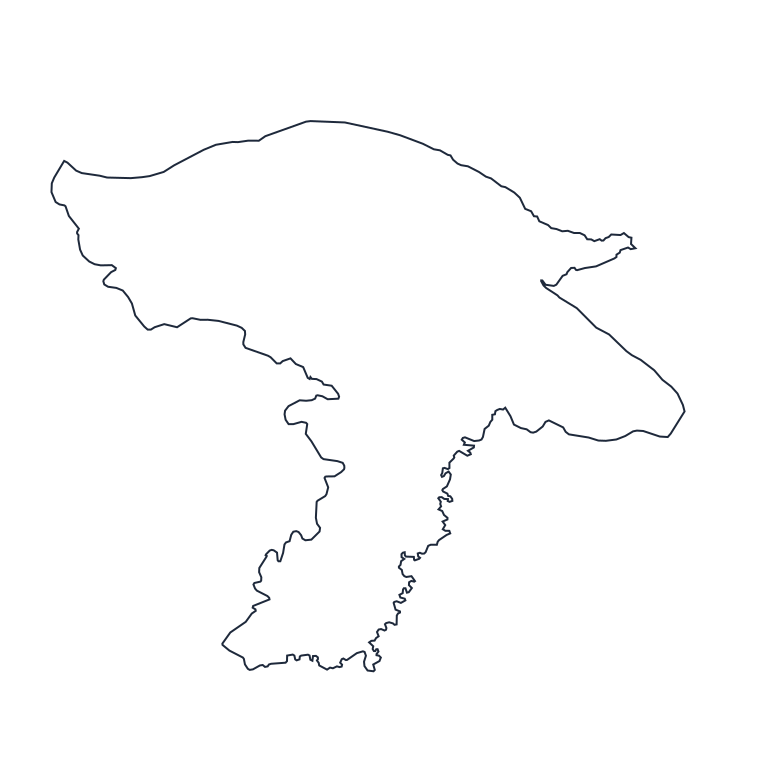 the district of Melgar, Tolima, Colombia, rotated 259°
{"feature_id": "7082276B7628947847785", "entity_name": "Melgar", "entity_type": "district", "adm_level": 2, "iso_a3": "COL", "parent_name": "Colombia", "parent_adm1": "Tolima", "projection": "natural_earth1", "projection_center": [-74.673, 4.184], "detail": "fine", "context": "isolated", "style": "outline", "palette": "slate", "viewbox_px": 768, "rotation_deg": 259, "n_neighbors": 0, "source": "geoboundaries", "source_scale": "gbopen_adm2", "svg_char_len": 6149}
<svg xmlns="http://www.w3.org/2000/svg" viewBox="0 0 768 768"><g transform="rotate(259 384 384)"><path d="M169.4,185.7L160.0,175.8L158.7,175.7L151.8,181.4L142.4,193.3L140.9,194.0L135.3,194.0L130.4,196.0L129.0,197.6L128.9,200.9L131.4,208.5L131.3,211.3L129.0,213.2L129.0,215.9L130.6,217.5L130.9,219.8L129.2,234.2L130.5,235.9L135.9,237.1L135.8,242.8L134.5,244.2L130.6,244.3L129.4,245.5L129.8,248.5L132.6,249.4L133.2,250.9L132.8,257.7L131.7,259.1L127.4,259.1L126.0,260.9L130.5,262.4L130.1,265.3L128.3,266.9L126.6,266.7L125.4,265.4L122.8,266.7L120.1,266.7L114.5,273.6L115.9,276.9L114.7,279.6L115.8,283.9L114.6,286.3L114.7,288.5L116.5,289.3L118.8,287.8L121.9,290.0L122.3,291.7L120.3,293.9L120.2,295.1L125.0,306.0L125.6,312.3L124.7,313.8L120.7,314.4L115.2,311.4L110.8,311.0L105.9,313.2L104.0,318.9L105.1,320.4L110.7,319.9L112.9,326.7L116.1,328.7L118.3,327.2L119.2,324.9L120.3,325.1L122.4,327.5L124.9,327.1L125.1,325.8L123.5,324.5L123.8,323.1L126.0,322.3L128.6,323.4L133.2,320.1L134.3,322.6L133.9,325.8L136.1,327.7L137.4,330.6L141.9,329.8L144.0,331.9L144.0,334.4L141.9,337.5L142.4,339.1L144.0,339.8L148.0,339.1L148.9,340.5L149.1,343.6L147.3,347.1L145.6,348.4L145.6,350.5L154.3,352.4L156.1,354.0L156.6,356.1L157.7,356.3L160.3,352.3L167.3,351.7L168.1,352.5L168.3,355.0L165.9,358.8L167.5,363.7L169.3,363.4L171.3,359.3L174.1,358.9L175.1,362.4L178.7,363.5L179.7,364.5L179.4,366.1L174.8,366.7L174.9,368.6L178.4,372.4L181.8,370.1L184.6,370.8L185.5,373.3L184.2,375.9L184.6,376.8L190.1,374.3L190.3,369.1L191.5,367.3L193.9,366.0L198.1,366.0L200.8,363.6L202.0,363.8L203.3,365.7L206.8,367.0L208.4,370.5L210.7,368.2L213.6,368.7L214.8,370.3L214.9,372.2L211.8,371.8L210.4,372.6L208.6,380.3L205.7,380.0L205.0,380.6L205.7,385.2L206.5,386.2L208.1,384.7L211.2,384.8L211.5,387.0L210.2,388.9L209.9,391.1L211.0,392.8L216.7,396.5L217.3,399.2L216.1,405.2L218.9,406.6L220.3,408.3L223.9,416.7L224.7,420.5L227.4,420.1L228.2,416.2L230.2,414.0L233.8,417.2L237.8,415.3L238.9,420.4L240.5,420.8L244.0,417.9L248.2,416.9L250.5,413.6L253.0,416.7L255.5,416.3L257.6,417.3L261.5,415.5L262.3,416.6L261.9,419.1L259.7,421.2L258.8,424.8L257.0,424.2L255.8,425.9L256.2,428.8L258.3,429.0L261.1,427.7L261.9,425.6L264.3,425.3L267.2,421.5L268.7,421.0L269.7,421.8L271.5,426.2L277.8,430.6L282.4,432.3L285.7,430.7L284.6,427.4L282.2,425.2L281.8,423.2L283.7,422.7L285.5,424.2L290.0,425.7L290.1,427.4L288.3,430.4L289.0,432.2L294.3,433.2L297.6,438.2L298.6,439.0L300.4,438.8L303.6,443.0L304.0,445.0L297.7,452.1L298.5,455.8L300.2,455.6L302.4,453.7L304.6,460.1L306.3,460.6L309.1,450.8L311.2,452.2L314.5,449.7L316.0,451.1L316.2,453.3L310.8,461.6L310.4,466.6L310.9,469.1L313.1,471.0L320.7,474.2L323.1,478.9L326.4,481.1L328.3,483.5L333.1,484.4L333.1,487.1L336.1,488.2L336.9,490.2L337.4,492.9L336.2,496.0L337.6,498.5L328.3,502.0L319.4,503.8L314.6,510.0L312.3,515.4L308.7,518.7L307.8,521.1L308.2,524.4L312.0,531.7L316.0,535.3L316.8,538.9L307.2,551.6L302.4,553.2L299.3,555.9L292.4,574.7L287.6,583.6L285.9,591.0L285.2,601.5L286.9,610.9L290.0,619.5L290.0,623.4L288.4,629.5L279.8,644.7L277.8,652.4L280.6,656.0L299.7,673.8L306.4,673.4L318.6,670.3L326.6,665.5L335.0,658.1L345.9,651.9L358.7,640.6L365.0,632.8L369.9,628.3L389.7,614.4L398.8,603.1L421.7,587.7L435.4,572.7L437.9,571.2L447.3,561.5L450.3,559.4L455.0,557.9L455.7,558.1L455.4,559.2L450.6,561.5L447.9,569.4L448.6,572.1L456.1,580.0L456.9,584.1L458.8,585.3L462.2,589.8L461.7,593.2L459.4,594.2L458.9,595.3L459.5,603.3L459.0,614.6L463.3,634.1L464.3,636.4L466.6,636.9L468.0,640.5L470.3,641.7L471.4,649.6L469.3,651.9L469.3,656.7L474.3,653.2L480.4,654.8L481.5,652.2L486.4,648.3L485.1,644.6L487.4,635.6L485.4,632.6L484.9,629.3L483.0,626.8L483.2,625.0L485.0,623.4L484.1,617.7L486.4,615.0L487.3,611.1L491.7,609.3L494.9,605.0L496.0,599.3L499.3,593.7L499.9,588.1L503.2,582.9L505.1,577.9L508.7,575.4L514.1,567.5L519.2,566.3L520.1,563.2L525.5,561.4L529.0,556.0L540.9,552.9L547.1,548.4L554.1,540.7L555.7,536.9L565.4,528.3L568.1,523.6L574.0,517.7L581.7,507.9L584.1,501.4L586.4,498.2L591.0,494.6L595.7,492.9L596.8,490.3L602.7,483.5L604.9,477.7L612.4,468.0L625.1,447.3L630.9,435.8L648.2,395.5L656.1,362.1L656.4,357.5L649.9,314.8L646.7,307.6L648.8,296.9L649.3,286.8L650.5,281.5L650.9,264.6L648.3,251.7L638.7,219.7L634.2,208.2L632.8,193.6L633.2,185.9L634.4,174.7L639.5,151.6L642.7,144.7L648.7,127.6L652.2,122.5L661.7,115.5L664.0,112.6L649.6,99.7L644.4,96.2L635.8,94.2L625.3,96.4L622.2,99.7L620.3,104.4L619.2,105.3L609.1,106.7L594.7,114.1L591.7,111.7L590.3,111.5L588.4,112.5L584.2,111.5L573.9,111.3L567.6,112.8L560.5,118.0L556.8,122.8L554.5,128.6L552.6,139.5L548.9,142.9L547.2,142.0L545.9,137.5L539.9,128.9L538.4,128.1L535.1,128.4L532.1,131.7L529.4,139.6L525.6,145.4L518.2,149.4L511.1,151.9L498.7,152.9L486.2,159.6L482.5,162.4L481.9,165.6L483.5,169.7L484.7,179.7L479.2,191.7L485.3,206.8L485.1,208.6L482.0,216.1L480.7,223.2L477.5,233.6L469.4,250.7L466.3,255.0L462.6,257.6L459.2,257.2L452.0,253.9L449.7,253.5L445.9,255.0L433.9,275.5L431.9,277.8L424.7,282.6L424.0,286.0L425.8,288.9L427.0,297.1L420.4,301.3L416.0,307.9L404.6,310.3L403.1,312.0L404.9,313.1L402.8,314.2L401.7,318.7L398.2,323.5L395.0,324.6L392.3,332.3L383.1,337.1L380.1,337.5L378.3,336.4L379.8,325.8L383.7,321.2L385.6,316.7L385.5,315.3L382.8,313.6L381.9,310.0L382.4,304.4L384.1,298.1L380.5,286.1L376.7,281.8L373.2,280.6L367.7,280.6L362.8,282.7L361.9,287.5L362.6,295.8L360.8,300.1L359.3,301.0L350.0,297.7L341.6,301.8L323.9,308.3L321.8,310.3L317.2,323.5L314.5,328.4L311.4,329.4L309.2,329.1L307.9,328.5L305.7,325.1L302.8,317.8L304.2,310.0L304.2,308.7L303.1,307.7L293.2,309.5L286.8,306.5L285.2,304.9L282.1,296.5L281.1,295.4L265.7,291.6L259.6,291.6L255.0,293.8L251.5,292.6L245.1,283.0L245.6,277.0L247.9,274.4L251.4,273.8L255.0,271.9L256.3,269.8L256.3,266.8L253.7,264.2L247.7,261.3L247.2,257.6L245.5,255.7L237.4,252.7L229.8,248.4L230.1,246.6L231.3,246.0L238.9,246.8L241.8,244.0L242.6,242.1L242.3,240.0L239.3,235.7L238.5,235.1L237.5,236.1L236.8,235.6L227.2,226.5L223.1,225.5L217.7,226.7L214.4,225.9L213.6,225.0L213.4,218.8L212.1,217.6L207.8,218.4L205.4,219.8L198.1,229.1L196.0,230.5L194.4,230.5L191.1,213.2L189.5,212.4L187.3,214.8L185.8,214.8L183.9,210.4L176.9,202.9L169.4,185.7Z" fill="none" stroke="#1e293b" stroke-width="2"/></g></svg>